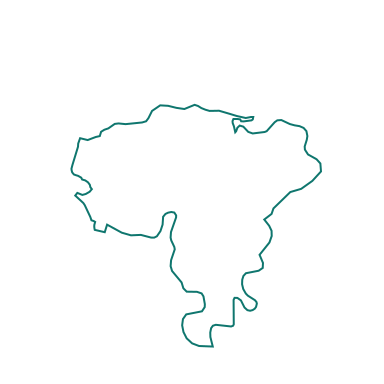 the border of Cádiz, rotated 128°
{"feature_id": "ESP-5812", "entity_name": "Cádiz", "entity_type": "Autonomous Community", "adm_level": 1, "iso_a3": "ESP", "parent_name": "Spain", "parent_adm1": "", "projection": "equal_earth", "projection_center": [-5.7, 36.526], "detail": "fine", "context": "isolated", "style": "outline", "palette": "teal", "viewbox_px": 384, "rotation_deg": 128, "n_neighbors": 0, "source": "natural_earth", "source_scale": "10m", "svg_char_len": 2270}
<svg xmlns="http://www.w3.org/2000/svg" viewBox="0 0 384 384"><g transform="rotate(128 192 192)"><path d="M266.7,281.8L263.3,281.8L261.8,276.6L259.0,274.5L254.8,272.8L251.4,272.7L250.8,275.0L249.2,277.0L248.4,280.0L248.6,283.3L249.8,286.3L248.9,288.1L249.4,291.7L250.3,294.0L250.9,295.9L250.3,298.5L249.1,300.1L247.9,301.3L244.2,302.9L226.5,309.7L223.9,311.5L218.5,313.3L215.3,306.2L207.9,301.7L204.7,299.1L200.5,300.7L196.9,299.4L193.4,297.1L185.9,294.8L183.2,292.1L179.4,286.1L167.9,274.1L164.5,271.7L160.6,271.8L152.7,273.4L143.3,270.4L138.8,263.9L135.3,256.1L131.3,249.1L121.7,243.6L120.5,240.2L120.1,236.3L118.9,232.1L117.3,228.1L111.3,220.7L107.2,210.4L104.5,203.4L100.6,195.2L96.7,191.8L95.2,189.9L97.4,188.8L98.9,189.2L104.5,194.7L106.0,196.8L105.1,198.7L106.4,201.0L109.0,204.3L111.2,203.7L112.6,202.4L114.5,199.3L118.3,194.7L117.0,194.6L113.4,195.8L110.3,195.3L108.9,191.8L110.0,184.7L108.5,180.2L100.0,171.7L98.1,170.6L86.1,169.8L83.0,168.9L80.3,165.9L78.2,156.7L76.3,152.2L73.9,147.8L72.8,143.5L73.6,139.3L76.9,135.5L80.2,133.7L86.8,131.2L89.1,129.1L91.0,123.7L89.5,114.0L90.5,108.4L96.4,103.0L109.2,104.0L122.3,107.9L131.5,114.5L154.8,117.7L160.3,115.8L169.2,118.1L171.1,110.4L173.6,105.4L177.6,102.1L184.1,99.9L199.9,100.1L204.2,92.4L208.3,89.5L213.0,91.0L222.8,99.5L226.5,99.8L230.2,98.4L233.9,95.7L236.9,91.9L238.9,87.1L239.3,84.2L238.5,75.8L239.0,73.5L240.0,72.2L243.1,70.8L245.3,70.7L247.7,71.5L249.8,73.1L251.0,75.6L250.7,79.5L247.3,86.7L247.5,91.0L249.2,93.3L251.4,92.8L270.6,77.6L272.1,77.3L273.9,78.4L282.0,91.5L284.5,93.2L287.5,93.1L291.5,91.1L295.0,88.2L301.0,80.5L309.0,91.6L311.2,98.7L310.6,106.1L307.6,112.5L303.1,117.7L297.7,120.9L292.0,121.2L279.9,110.7L274.9,111.1L272.5,112.8L267.2,118.7L266.0,122.0L267.6,126.6L273.8,134.8L273.2,139.5L269.7,144.5L266.5,159.1L263.6,163.2L258.6,166.5L247.8,170.3L246.2,172.1L242.9,178.6L241.1,180.8L236.5,183.9L221.8,188.9L220.2,190.1L219.1,193.3L220.5,196.0L223.0,198.1L225.6,199.4L229.3,199.5L235.8,195.1L242.2,192.8L248.5,192.4L251.2,193.7L253.1,196.2L257.3,205.9L263.7,213.4L267.3,222.3L270.0,238.8L277.4,236.0L281.7,245.3L280.9,246.3L279.6,247.6L278.1,248.7L275.2,249.9L275.4,251.6L276.2,253.8L274.2,256.9L268.4,268.4L267.6,270.8L266.7,281.8Z" fill="none" stroke="#0f766e" stroke-width="2"/></g></svg>